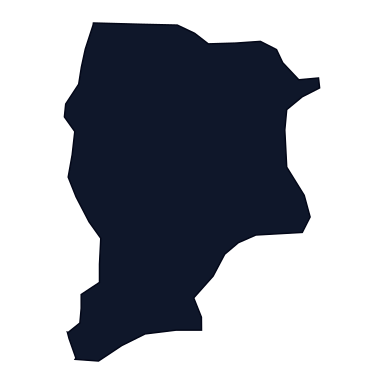 Degerfors, Orebro, Sweden
{"feature_id": "70781695B62731669961325", "entity_name": "Degerfors", "entity_type": "district", "adm_level": 2, "iso_a3": "SWE", "parent_name": "Sweden", "parent_adm1": "Orebro", "projection": "natural_earth1", "projection_center": [14.445, 59.163], "detail": "fine", "context": "isolated", "style": "filled", "palette": "ink", "viewbox_px": 384, "rotation_deg": 0, "n_neighbors": 0, "source": "geoboundaries", "source_scale": "gbopen_adm2", "svg_char_len": 739}
<svg xmlns="http://www.w3.org/2000/svg" viewBox="0 0 384 384"><path d="M67.4,332.2L69.0,338.4L75.9,358.0L75.1,359.3L98.5,361.0L121.8,345.5L145.1,333.9L176.2,330.1L201.5,330.1L201.4,317.2L193.7,297.9L213.1,276.1L224.7,254.2L238.3,242.7L255.8,235.0L302.3,232.4L303.3,230.4L310.1,217.0L304.2,195.3L286.7,167.1L284.8,130.0L286.7,109.6L302.2,96.8L319.6,87.9L318.5,78.0L298.8,79.8L282.7,62.7L276.5,49.6L260.4,41.4L235.6,43.1L208.3,43.9L194.6,33.3L177.3,25.1L141.3,24.3L93.4,23.0L93.1,25.1L85.3,49.1L81.4,67.1L78.7,84.2L65.7,104.0L64.4,116.9L74.8,131.5L72.2,154.7L68.2,177.1L76.1,196.9L89.1,221.9L100.8,238.3L99.5,264.2L99.5,282.4L81.2,294.5L81.2,308.3L79.9,323.0L68.1,332.5L67.4,332.2Z" fill="#0f172a" stroke="#020617" stroke-width="1.5"/></svg>